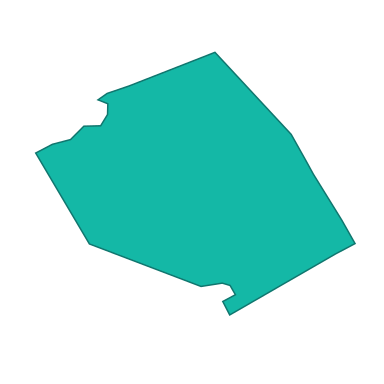 Highland, Ohio, United States of America, rotated 239°
{"feature_id": "52423323B51867153498623", "entity_name": "Highland", "entity_type": "district", "adm_level": 2, "iso_a3": "USA", "parent_name": "United States of America", "parent_adm1": "Ohio", "projection": "equal_earth", "projection_center": [-83.601, 39.199], "detail": "fine", "context": "isolated", "style": "filled", "palette": "teal", "viewbox_px": 384, "rotation_deg": 239, "n_neighbors": 0, "source": "geoboundaries", "source_scale": "gbopen_adm2", "svg_char_len": 459}
<svg xmlns="http://www.w3.org/2000/svg" viewBox="0 0 384 384"><g transform="rotate(239 192 192)"><path d="M67.2,161.0L65.0,283.3L63.8,305.2L90.7,305.9L144.8,305.2L160.5,305.8L190.3,306.7L299.9,283.6L315.3,192.7L320.2,170.0L319.4,158.9L311.0,165.3L301.9,159.5L295.8,147.8L304.1,133.2L299.5,114.9L304.8,96.9L305.9,78.1L200.3,77.3L106.4,151.1L98.3,171.0L92.3,176.5L81.6,176.3L82.3,162.0L67.2,161.0Z" fill="#14b8a6" stroke="#0f766e" stroke-width="1.5"/></g></svg>